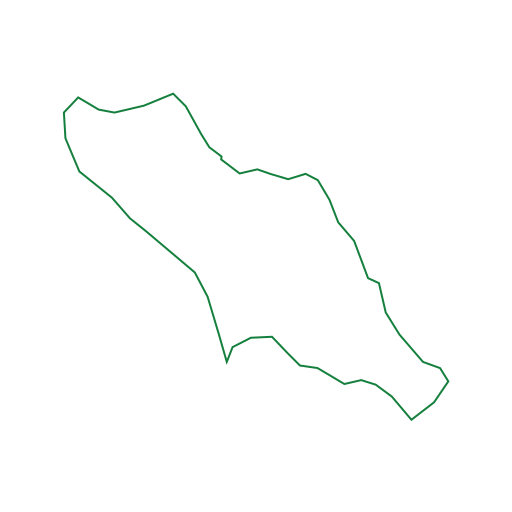 Ale, Västra Götaland, Sweden, rotated 257°
{"feature_id": "70781695B73988580655611", "entity_name": "Ale", "entity_type": "district", "adm_level": 2, "iso_a3": "SWE", "parent_name": "Sweden", "parent_adm1": "Västra Götaland", "projection": "natural_earth1", "projection_center": [12.255, 57.976], "detail": "fine", "context": "isolated", "style": "outline", "palette": "green", "viewbox_px": 512, "rotation_deg": 257, "n_neighbors": 0, "source": "geoboundaries", "source_scale": "gbopen_adm2", "svg_char_len": 807}
<svg xmlns="http://www.w3.org/2000/svg" viewBox="0 0 512 512"><g transform="rotate(257 256 256)"><path d="M61.5,370.6L73.4,396.6L90.6,415.2L105.4,410.1L115.2,394.9L147.2,378.1L171.8,369.7L201.9,369.7L209.2,360.2L248.6,355.0L270.3,343.7L294.4,340.2L316.0,333.3L324.9,322.8L323.6,304.6L332.5,288.9L340.1,276.8L340.1,258.6L357.4,244.2L357.9,243.8L360.7,244.8L372.4,235.0L387.1,230.0L417.6,221.3L432.8,211.8L427.7,180.6L427.6,150.4L434.0,135.7L450.5,118.4L443.5,107.9L439.0,101.1L413.6,96.8L397.2,99.6L378.1,102.9L345.1,128.8L321.0,141.7L304.5,154.7L277.9,174.6L253.7,192.7L227.1,199.7L186.4,202.3L159.4,203.7L159.8,204.0L172.5,212.7L177.5,232.6L173.7,253.4L154.6,264.7L139.4,274.2L133.0,290.7L111.4,313.3L111.4,330.6L103.7,343.7L88.5,356.7L61.5,370.6Z" fill="none" stroke="#15803d" stroke-width="2"/></g></svg>